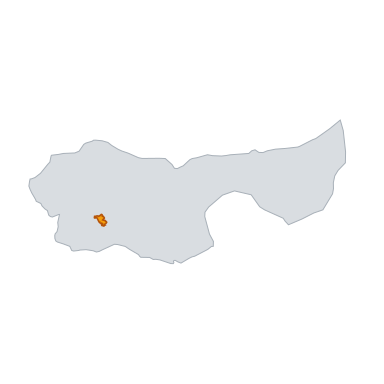 Daukstu pag., Gulbene, Latvia (highlighted), rotated 170°
{"feature_id": "27541924B23871708016043", "entity_name": "Daukstu pag.", "entity_type": "district", "adm_level": 2, "iso_a3": "LVA", "parent_name": "Latvia", "parent_adm1": "Gulbene", "projection": "natural_earth1", "projection_center": [26.741, 57.077], "detail": "fine", "context": "in_parent", "style": "filled", "palette": "amber", "viewbox_px": 384, "rotation_deg": 170, "n_neighbors": 0, "source": "geoboundaries", "source_scale": "gbopen_adm2", "svg_char_len": 4043}
<svg xmlns="http://www.w3.org/2000/svg" viewBox="0 0 384 384"><g transform="rotate(170 192 192)"><path d="M280.1,260.1L277.9,259.8L271.5,258.0L266.2,255.4L263.0,251.8L257.5,247.0L253.9,244.5L248.2,241.4L238.8,235.1L235.3,233.7L218.5,230.9L212.5,229.6L206.9,222.5L205.2,218.4L202.4,217.6L199.4,218.5L196.1,219.3L188.5,224.2L186.0,224.9L181.3,224.9L170.3,226.0L165.4,224.2L156.7,222.3L152.0,222.0L147.9,222.0L129.4,220.1L126.0,222.2L122.6,222.6L119.3,219.4L115.2,218.5L110.7,219.5L102.4,219.7L92.6,218.7L80.2,217.9L78.3,218.2L64.3,222.5L60.9,223.1L45.6,230.3L33.5,237.1L32.4,226.3L33.8,204.8L35.9,194.1L44.4,187.9L48.6,183.1L51.2,176.6L52.1,170.7L53.9,165.8L66.2,151.7L75.6,150.2L88.4,146.3L102.7,143.0L105.4,147.2L106.7,150.3L123.6,161.8L127.9,165.7L134.2,179.0L150.0,185.7L162.6,183.6L168.1,180.3L178.2,174.3L182.7,169.9L183.7,165.6L182.1,147.5L179.5,139.6L180.5,134.8L182.3,135.0L186.5,132.7L200.5,128.3L203.3,128.1L206.4,127.2L215.2,123.9L218.0,125.6L220.4,127.6L221.7,127.7L222.3,126.9L222.1,125.6L222.8,124.7L225.3,125.2L235.4,130.7L239.3,132.0L241.9,132.3L245.1,134.9L253.8,136.6L254.8,137.9L255.5,139.6L263.6,146.5L267.2,150.0L274.4,153.2L277.5,154.0L290.1,150.7L293.7,149.6L296.6,149.5L299.5,151.3L306.3,153.6L312.5,154.3L313.6,154.1L318.8,154.4L320.6,155.3L321.8,159.7L327.7,163.2L333.2,166.1L334.6,167.4L335.1,170.0L334.7,173.0L334.0,174.6L331.8,176.4L329.8,181.0L329.5,185.3L326.4,192.9L327.1,193.0L333.8,191.6L335.7,192.4L337.1,194.1L337.6,198.8L339.8,200.9L342.1,204.3L342.8,206.9L347.0,209.9L347.4,211.9L350.0,219.0L351.1,223.1L351.6,226.2L350.3,230.2L349.2,232.9L347.9,232.8L344.1,233.5L338.0,236.7L329.1,244.4L326.8,246.1L324.5,252.0L323.9,252.6L318.7,252.3L317.2,252.2L312.0,252.3L300.6,250.8L296.1,251.8L290.3,257.7L288.1,258.6L281.3,259.4L280.1,260.1Z" fill="#d9dde1" stroke="#a8b0b8" stroke-width="1"/><path d="M292.1,185.0L292.1,184.9L292.3,184.7L292.4,184.4L292.2,184.3L292.2,184.2L292.3,184.2L292.5,184.1L292.6,183.9L292.6,183.7L292.4,183.6L292.5,183.6L292.5,183.8L292.4,183.8L292.2,183.8L292.2,183.7L292.0,183.8L292.0,183.7L291.9,183.7L292.0,183.6L291.9,183.5L291.8,183.4L291.8,183.2L290.4,183.2L290.2,183.2L290.0,182.7L289.9,182.5L289.6,181.3L289.4,180.8L289.3,180.3L289.2,180.3L289.2,180.2L289.1,179.8L289.1,179.7L289.0,179.4L288.9,179.3L288.9,179.1L288.7,178.5L288.4,178.5L288.1,178.4L288.3,178.1L288.3,177.9L288.2,177.7L287.7,177.3L287.2,177.1L287.2,176.9L286.7,176.7L286.6,176.8L286.2,177.0L286.1,176.9L286.1,176.6L286.1,176.4L286.3,176.3L286.4,176.2L286.2,176.1L286.0,175.9L285.8,175.9L285.9,175.7L286.0,175.6L286.2,175.3L286.4,175.0L286.4,174.9L286.5,174.9L286.4,174.7L286.5,174.6L286.4,174.5L286.3,174.4L286.2,174.4L285.9,174.3L285.7,174.3L285.4,174.3L285.4,174.2L285.2,174.1L284.9,173.8L284.7,173.7L284.4,174.0L284.2,174.1L284.2,174.4L284.1,174.5L283.7,174.5L283.8,174.6L284.0,174.7L283.9,174.7L283.8,174.9L283.9,175.0L284.0,175.1L283.9,175.2L284.0,175.2L283.9,175.2L283.9,175.4L283.7,175.5L283.4,175.5L283.0,175.6L282.8,175.6L282.6,175.6L282.4,175.9L282.3,176.0L282.0,176.2L281.9,176.3L281.6,176.5L281.3,176.9L281.2,177.1L281.4,177.5L281.7,177.6L281.8,177.7L281.9,177.8L282.1,178.0L281.9,178.2L281.9,178.3L282.0,178.4L282.1,178.5L282.3,178.6L282.5,178.8L282.8,179.0L282.7,179.2L282.8,179.3L283.0,179.3L283.3,179.3L283.5,179.4L284.1,179.6L284.4,179.8L284.5,179.8L284.9,180.0L284.7,180.2L284.5,180.3L284.3,180.5L284.2,180.6L283.9,180.8L283.6,181.0L283.4,181.0L283.2,181.1L283.2,181.3L283.0,181.5L283.1,181.8L283.0,182.0L282.9,182.0L283.0,182.3L283.4,183.1L283.6,183.5L283.8,183.5L284.4,183.5L284.5,183.6L284.6,183.8L284.4,184.0L284.3,184.3L284.3,184.5L284.4,184.8L284.5,185.1L284.5,185.3L284.8,185.6L285.0,185.7L285.3,185.7L285.5,185.5L285.7,185.4L285.8,185.3L285.9,185.2L286.1,185.2L286.3,185.1L286.2,185.0L286.4,184.8L286.5,184.7L286.9,184.6L287.1,184.5L287.3,184.4L287.6,184.4L287.7,184.5L287.8,184.5L288.0,184.5L288.1,184.4L288.5,184.3L288.8,184.8L289.9,185.0L290.6,184.9L291.0,184.9L291.3,184.9L291.6,184.9L291.8,185.0L292.1,185.0L292.1,185.0Z" fill="#f59e0b" stroke="#b45309" stroke-width="1.5"/></g></svg>